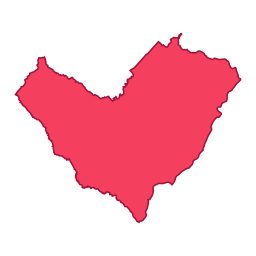 outline of Barrancas, La Guajira, Colombia
{"feature_id": "7082276B63363201175642", "entity_name": "Barrancas", "entity_type": "district", "adm_level": 2, "iso_a3": "COL", "parent_name": "Colombia", "parent_adm1": "La Guajira", "projection": "robinson", "projection_center": [-72.754, 10.978], "detail": "fine", "context": "isolated", "style": "filled", "palette": "rose", "viewbox_px": 256, "rotation_deg": 0, "n_neighbors": 0, "source": "geoboundaries", "source_scale": "gbopen_adm2", "svg_char_len": 5665}
<svg xmlns="http://www.w3.org/2000/svg" viewBox="0 0 256 256"><path d="M160.6,43.5L158.4,41.7L148.0,53.4L146.4,54.3L134.5,67.7L130.0,70.4L131.8,72.3L133.3,74.4L133.4,76.2L133.0,76.6L131.7,76.3L131.2,76.6L131.5,77.4L131.3,78.2L129.5,78.3L128.8,79.8L127.8,79.3L127.4,79.4L127.2,81.6L128.1,82.0L128.0,82.7L127.2,83.3L127.3,84.3L126.7,84.6L126.0,83.8L125.2,83.6L125.1,84.0L125.9,86.0L125.8,86.5L125.3,86.8L124.1,86.6L123.2,87.0L123.9,87.6L123.0,89.1L123.8,91.8L123.6,94.3L122.7,94.6L121.4,95.7L120.4,94.1L119.9,94.2L119.1,97.7L118.3,98.7L117.7,99.0L116.6,98.5L116.5,97.1L115.8,96.6L115.3,97.7L114.2,97.8L113.3,98.7L114.5,99.4L114.7,100.0L113.6,99.8L112.7,101.0L111.4,100.2L110.7,98.8L109.6,98.2L109.4,97.6L108.9,97.5L108.7,96.4L107.4,96.6L105.6,97.7L104.8,97.0L103.7,97.9L102.4,97.8L101.6,98.5L100.8,98.7L98.6,97.1L98.2,96.4L96.1,95.2L94.7,94.8L93.7,95.5L93.4,95.4L92.0,93.6L89.5,91.7L88.1,91.4L87.3,90.9L85.6,89.0L84.7,87.2L83.6,86.5L82.1,83.9L81.5,83.4L80.2,83.1L78.9,83.4L78.2,82.2L77.7,81.9L75.6,82.1L75.9,80.8L73.3,78.8L72.6,77.5L71.7,77.4L70.0,78.8L68.0,78.7L67.6,78.2L67.5,77.3L65.6,75.6L64.4,75.8L63.4,74.7L62.1,75.4L60.8,75.5L60.6,74.8L59.4,75.0L57.9,73.3L57.3,73.3L56.6,72.9L55.9,73.0L55.7,72.4L54.4,72.1L54.2,71.4L53.2,70.9L52.8,69.7L47.8,67.0L47.9,65.7L46.2,64.3L45.8,62.3L45.9,61.6L45.5,61.0L45.3,59.3L44.4,57.1L43.9,57.7L42.6,57.5L40.8,58.0L38.7,57.9L37.9,60.5L38.4,63.3L37.0,65.1L37.1,65.5L38.0,66.6L38.3,67.4L37.8,69.0L33.5,72.1L32.5,72.2L29.7,73.4L29.8,75.1L27.2,76.7L27.6,77.8L27.4,78.6L26.0,79.0L24.8,79.9L25.6,82.6L24.2,84.9L23.2,86.4L21.2,86.7L21.0,87.8L20.6,88.5L19.6,89.2L19.2,90.0L18.3,90.6L18.0,91.4L17.0,92.2L16.4,93.5L15.4,94.4L15.5,94.7L16.3,94.6L16.5,95.3L17.2,95.1L18.7,96.8L18.9,97.8L19.2,98.1L19.0,99.8L20.7,101.7L20.4,102.1L20.8,102.1L20.9,102.7L22.2,104.1L22.3,104.7L22.9,105.4L23.9,105.8L24.0,106.2L25.5,107.3L26.7,108.8L27.0,109.7L30.6,113.2L31.1,114.6L31.8,115.2L31.9,115.9L32.6,116.6L32.7,117.2L33.5,117.1L34.6,118.3L35.6,118.5L37.1,119.6L38.9,119.9L39.6,120.4L40.2,121.6L41.0,121.9L42.1,123.7L42.7,124.2L43.3,126.2L44.2,127.0L45.4,127.4L45.9,127.8L45.6,130.0L45.9,130.4L46.2,131.9L47.0,132.6L47.0,133.2L47.4,132.9L48.3,134.0L47.9,135.3L48.5,135.3L48.5,135.9L48.9,136.3L48.9,137.4L48.5,137.9L49.1,138.5L48.8,138.7L49.8,139.8L50.5,140.0L50.6,140.5L51.6,140.7L51.5,141.4L52.5,143.1L52.8,144.6L53.3,145.5L53.3,146.1L52.6,146.4L53.5,147.1L53.2,148.2L53.8,150.8L53.7,152.1L54.4,153.2L54.7,154.2L55.6,154.2L56.8,154.9L57.5,154.7L59.4,155.8L62.1,155.9L63.4,157.3L64.6,158.0L65.0,158.7L66.4,158.6L66.8,160.0L67.8,159.5L68.4,159.8L68.8,158.9L69.3,159.0L70.2,161.1L74.3,168.3L74.2,169.1L75.0,169.3L76.8,172.3L76.8,172.9L76.2,173.4L76.6,174.0L76.3,174.0L76.1,174.9L75.8,174.8L75.7,175.1L76.0,175.3L75.6,176.1L75.9,176.4L75.9,176.8L76.1,176.7L75.6,177.3L76.4,178.2L76.2,178.8L76.6,179.3L76.5,180.0L77.0,180.9L77.8,180.8L78.2,181.0L77.9,181.6L78.6,181.7L78.6,182.5L79.7,184.4L81.8,185.0L82.7,186.8L82.4,187.2L82.8,187.3L82.7,187.6L83.2,188.0L84.1,187.6L84.6,188.0L86.0,187.1L86.6,187.3L87.5,187.0L87.3,186.3L87.8,186.1L88.3,186.5L88.4,187.0L89.2,186.7L89.8,186.9L90.7,188.4L91.2,188.4L92.1,187.5L93.7,187.6L95.2,188.9L96.9,189.1L97.4,188.8L98.3,189.2L98.9,189.8L99.0,190.4L100.1,191.6L101.1,191.8L101.3,192.2L102.4,192.9L102.4,193.3L103.3,193.1L103.5,193.6L104.4,193.9L104.8,193.7L105.3,192.9L106.0,193.0L106.6,192.0L107.8,192.1L109.7,192.5L109.8,194.6L111.3,194.5L112.0,195.2L111.9,195.7L112.3,196.2L112.7,195.8L113.8,195.7L114.7,195.1L115.7,195.2L116.4,196.5L116.1,198.0L117.0,199.9L117.9,200.0L118.3,200.5L119.2,200.3L120.5,201.3L120.9,201.8L120.9,202.5L122.2,202.8L123.4,203.9L125.0,206.6L126.5,206.5L128.8,208.8L130.1,210.5L130.3,211.7L131.5,212.0L132.7,213.8L133.1,216.0L133.4,216.8L135.3,218.5L136.8,221.1L139.0,222.4L139.8,221.2L141.6,221.0L142.8,220.3L145.4,217.3L146.4,215.4L146.5,214.6L145.8,213.5L145.6,211.4L147.1,208.6L148.3,203.5L148.4,200.6L148.0,199.8L149.8,199.5L151.7,196.5L152.7,194.3L153.4,190.7L153.3,189.1L152.8,188.0L153.6,186.1L154.5,185.4L158.2,183.8L158.6,183.4L162.5,183.6L168.0,182.1L168.9,182.3L170.5,183.3L171.6,184.6L172.2,184.7L174.7,181.1L175.7,177.4L176.7,175.9L179.0,174.3L182.0,171.4L186.5,168.6L189.4,167.8L190.6,166.1L192.0,164.8L192.7,163.5L193.1,161.4L193.5,160.8L194.5,159.8L196.1,159.2L197.9,157.8L198.6,156.6L199.1,154.4L201.3,151.8L202.9,150.5L203.1,150.0L203.0,148.0L204.0,146.6L204.8,143.4L206.4,140.3L207.6,137.0L211.6,129.8L211.6,128.8L211.0,127.5L211.0,126.4L212.7,122.4L214.4,119.8L216.8,117.3L217.5,117.0L218.2,117.3L219.1,117.2L221.1,114.5L221.3,113.9L221.0,113.0L218.3,111.1L217.4,110.0L217.1,109.3L217.4,107.9L218.1,107.1L218.9,106.8L220.5,107.0L220.9,106.7L221.8,103.5L224.7,101.9L226.4,101.3L227.0,99.7L227.2,95.8L227.1,94.5L228.3,92.3L229.5,91.2L230.4,91.1L231.8,90.3L232.4,89.1L234.3,86.9L236.4,83.9L240.5,80.0L240.6,79.5L240.4,78.8L238.9,78.2L238.5,77.7L238.0,74.8L236.3,70.4L236.0,68.4L235.5,67.7L234.9,67.5L234.1,68.1L232.7,68.5L231.1,68.0L229.4,64.8L228.5,61.6L226.9,60.6L225.6,59.2L224.6,59.0L219.2,59.6L214.7,58.2L213.0,59.3L211.4,59.3L210.3,58.6L209.2,58.5L207.1,57.3L206.4,56.2L204.7,54.9L204.3,53.7L203.9,53.3L202.1,52.1L200.1,51.2L198.7,51.0L196.1,52.7L195.0,52.8L194.2,52.6L193.4,52.9L193.2,52.5L190.6,52.7L189.8,52.2L189.5,51.6L188.0,50.8L187.1,49.4L185.6,50.0L184.3,49.6L183.2,49.7L181.9,49.2L180.7,47.4L180.2,45.8L179.3,45.5L178.4,44.4L178.3,43.8L178.6,42.3L178.1,40.9L178.5,39.2L179.2,38.3L179.6,36.5L181.6,34.2L181.3,33.6L180.7,33.7L180.3,34.5L179.1,35.2L178.5,37.1L177.8,37.8L177.0,38.0L173.7,37.5L170.5,39.4L171.2,41.1L170.8,42.7L168.5,44.3L168.4,45.7L167.1,47.0L165.8,47.1L163.3,44.9L162.0,45.6L160.6,43.5Z" fill="#f43f5e" stroke="#9f1239" stroke-width="1.5"/></svg>